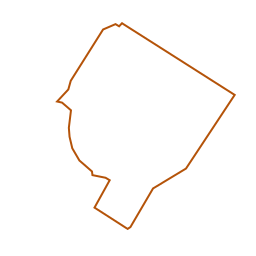 Henderson, Tennessee, United States of America (Natural Earth projection), rotated 31°
{"feature_id": "52423323B24254636844315", "entity_name": "Henderson", "entity_type": "district", "adm_level": 2, "iso_a3": "USA", "parent_name": "United States of America", "parent_adm1": "Tennessee", "projection": "natural_earth1", "projection_center": [-88.459, 35.621], "detail": "fine", "context": "isolated", "style": "outline", "palette": "amber", "viewbox_px": 256, "rotation_deg": 31, "n_neighbors": 0, "source": "geoboundaries", "source_scale": "gbopen_adm2", "svg_char_len": 434}
<svg xmlns="http://www.w3.org/2000/svg" viewBox="0 0 256 256"><g transform="rotate(31 128 128)"><path d="M55.9,56.4L54.6,117.0L57.0,125.7L53.6,141.8L58.4,140.2L70.0,142.2L77.2,158.3L82.4,165.6L90.7,174.1L103.1,180.9L119.5,183.8L121.8,186.7L134.4,182.2L139.2,182.2L140.3,213.5L179.6,214.7L181.1,211.7L180.6,166.9L198.6,132.9L202.4,44.7L68.9,41.3L68.0,45.4L63.8,45.4L55.9,56.4Z" fill="none" stroke="#b45309" stroke-width="2"/></g></svg>